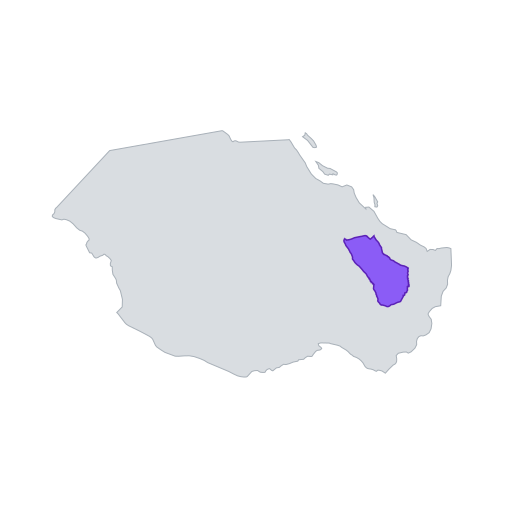 Liwale, Lindi, United Republic of Tanzania (highlighted), rotated 313°
{"feature_id": "72390352B80391364217442", "entity_name": "Liwale", "entity_type": "district", "adm_level": 2, "iso_a3": "TZA", "parent_name": "United Republic of Tanzania", "parent_adm1": "Lindi", "projection": "equal_earth", "projection_center": [38.174, -9.186], "detail": "fine", "context": "in_parent", "style": "filled", "palette": "violet", "viewbox_px": 512, "rotation_deg": 313, "n_neighbors": 0, "source": "geoboundaries", "source_scale": "gbopen_adm2", "svg_char_len": 8850}
<svg xmlns="http://www.w3.org/2000/svg" viewBox="0 0 512 512"><g transform="rotate(313 256 256)"><path d="M207.7,358.3L203.7,355.5L200.0,353.8L197.0,351.9L195.6,350.0L192.8,349.3L190.4,349.0L188.1,347.2L183.5,346.6L183.0,345.4L182.9,342.8L182.1,342.2L180.4,341.5L178.6,341.5L177.5,341.9L176.8,341.7L175.3,340.2L173.9,338.3L173.3,335.2L171.2,333.2L168.7,331.7L161.9,331.8L160.9,331.4L159.3,329.8L157.4,327.2L155.8,324.3L154.5,320.3L153.0,314.9L145.1,293.4L144.3,289.3L142.7,284.8L140.2,279.3L137.5,275.2L133.9,271.5L129.8,267.7L127.6,265.2L123.4,255.1L122.5,250.4L121.8,245.4L122.1,243.4L124.7,237.1L124.9,235.3L124.6,232.9L123.3,227.9L121.6,221.7L118.2,210.6L117.7,207.7L117.8,205.6L119.7,194.3L119.7,192.7L127.5,192.9L133.2,187.9L138.1,180.5L139.1,177.4L141.1,172.6L143.1,170.3L143.8,168.6L145.0,163.9L147.6,160.6L150.1,158.2L149.6,156.4L149.9,155.8L151.3,154.5L154.0,153.3L154.5,150.9L154.5,148.0L154.1,146.5L154.2,144.6L153.7,143.6L152.0,143.4L149.4,142.0L147.1,141.4L145.7,140.6L145.1,139.9L144.9,138.2L146.1,133.9L144.9,132.1L147.6,124.9L148.1,124.0L149.0,123.9L150.6,123.1L152.1,122.8L153.3,123.1L154.1,122.8L154.9,122.0L155.6,119.5L156.1,115.4L155.8,112.1L154.6,109.5L154.3,105.6L154.8,100.3L154.5,96.0L153.2,92.5L151.9,90.4L150.0,89.4L146.9,84.1L145.9,81.5L146.1,79.9L147.2,79.2L149.1,79.4L151.0,78.8L152.7,77.3L154.4,76.9L155.2,77.1L233.3,77.1L324.5,145.7L324.9,146.5L325.6,152.4L325.5,154.4L324.1,157.8L323.6,159.6L323.6,160.8L324.0,161.3L325.2,161.5L326.2,162.3L326.6,162.9L327.4,165.5L328.3,166.7L363.0,200.3L363.8,200.8L363.3,203.7L361.3,210.5L361.2,213.3L360.4,216.7L359.7,218.9L357.7,228.5L356.0,232.1L353.7,240.5L353.4,246.9L354.6,251.5L355.1,255.7L357.8,259.8L359.9,261.3L361.3,263.2L363.9,267.5L365.3,271.8L369.9,274.0L371.8,278.8L371.1,282.2L369.0,284.9L367.0,289.4L365.3,295.3L365.3,304.3L366.4,303.0L368.8,305.2L369.1,311.8L366.6,319.5L365.8,323.1L365.7,326.2L367.5,335.5L370.3,340.2L370.0,341.6L369.3,342.9L374.0,351.2L373.6,358.4L375.4,364.0L376.1,368.9L377.3,372.7L377.5,375.2L376.1,378.1L379.5,378.8L381.5,381.1L382.4,383.4L384.9,383.3L386.2,384.8L388.2,386.1L392.4,389.8L393.6,391.7L394.3,393.5L382.5,405.4L378.3,408.4L375.2,409.8L372.0,410.6L368.9,412.5L366.0,415.4L362.3,416.9L357.8,416.9L353.0,418.9L345.6,425.0L341.2,421.7L337.8,420.6L333.8,420.7L331.5,421.1L330.6,421.8L329.8,423.9L329.2,427.3L326.6,430.6L322.1,433.7L318.0,434.9L314.2,434.1L311.6,432.8L310.2,431.0L308.2,430.1L305.6,430.3L303.1,431.6L300.7,434.0L296.9,435.1L291.7,434.8L288.8,433.6L288.4,431.5L286.1,429.2L281.9,426.4L278.8,426.4L276.8,429.0L275.0,430.6L273.4,431.3L271.9,431.4L269.8,430.7L264.0,430.4L258.5,430.5L257.9,426.7L256.7,424.4L255.7,423.0L253.8,422.7L253.3,421.6L252.7,419.2L251.7,417.2L250.5,415.5L249.7,414.0L249.5,412.6L249.6,411.0L250.8,407.1L251.1,404.4L251.0,401.7L250.4,398.9L249.0,395.5L249.2,394.6L248.7,392.3L248.7,390.7L248.9,388.7L248.7,386.1L247.5,380.5L247.5,379.1L246.3,376.4L242.6,370.0L242.4,369.1L236.7,362.7L234.4,361.3L233.5,362.5L233.2,363.6L233.5,365.7L233.3,366.7L233.1,367.2L231.7,367.1L230.9,366.9L228.7,365.1L227.0,364.7L222.8,365.0L221.3,365.4L220.2,365.0L217.9,362.1L215.3,361.4L213.0,361.3L209.1,357.9L207.7,358.3ZM370.5,250.4L372.4,257.6L372.2,258.9L370.9,259.7L370.2,259.8L369.3,258.6L368.7,256.2L367.7,256.8L366.0,253.9L364.3,253.8L362.7,250.4L363.3,247.4L363.0,242.3L364.9,239.7L365.9,235.3L367.1,238.3L367.4,243.0L369.0,248.5L370.5,250.4ZM379.7,208.0L379.9,209.7L379.5,211.3L379.6,216.3L379.4,219.7L378.0,224.3L376.9,226.0L375.8,225.5L375.0,224.7L374.3,223.5L375.7,214.9L375.0,208.7L377.6,209.3L379.7,208.0ZM375.8,310.7L374.5,311.1L373.9,310.7L373.1,309.3L374.6,308.1L375.9,305.8L379.2,302.4L380.7,299.7L380.4,302.3L378.6,308.1L377.1,308.5L375.8,310.7Z" fill="#d9dde1" stroke="#a8b0b8" stroke-width="1"/><path d="M351.2,328.5L350.1,328.4L349.7,328.5L348.9,328.5L348.3,328.3L347.6,328.3L346.9,328.2L346.6,328.2L346.2,328.1L346.0,325.2L346.2,324.1L346.0,323.9L346.1,323.7L346.1,323.3L346.1,323.1L345.8,322.9L345.7,322.6L345.6,322.4L345.4,321.9L343.6,320.6L342.6,320.0L341.5,319.1L336.6,315.6L333.4,314.2L331.3,312.9L331.0,312.6L330.6,312.5L330.4,312.2L330.2,312.0L330.0,311.8L329.9,311.8L329.7,311.6L329.5,311.4L329.4,311.4L329.4,311.0L329.4,310.9L329.4,311.0L329.3,310.8L329.4,310.3L329.3,310.2L329.1,310.0L329.1,309.7L329.0,309.8L328.8,309.7L328.6,309.6L328.5,309.2L327.5,309.6L327.0,310.0L326.5,310.7L326.2,311.4L325.7,313.2L325.3,313.8L325.0,314.6L324.8,315.4L324.3,318.6L324.0,319.5L323.6,320.5L323.5,321.0L323.0,322.0L322.8,322.8L322.7,323.8L322.4,324.6L321.5,326.5L321.0,327.4L319.6,328.6L319.4,329.5L319.4,330.0L318.7,332.8L318.6,334.5L318.6,336.2L318.9,338.0L318.9,338.8L318.6,341.8L318.4,343.5L318.1,345.2L318.1,346.7L318.1,348.2L317.9,349.4L317.3,350.9L317.1,351.7L316.9,352.8L316.8,353.3L317.0,353.5L316.9,353.8L316.7,353.8L316.6,354.0L316.9,354.1L316.9,354.3L316.7,354.4L316.6,354.9L316.4,355.0L316.5,355.3L316.3,355.5L316.2,355.7L316.1,355.9L316.1,356.3L316.0,356.5L315.8,356.6L315.9,356.8L315.8,357.1L315.6,357.1L315.5,357.3L315.7,357.5L315.9,357.7L315.9,357.8L315.7,357.9L315.7,358.1L315.5,358.3L315.8,358.4L315.6,358.9L315.6,359.0L315.7,359.3L315.6,359.6L315.6,359.8L315.4,360.0L315.5,360.1L315.7,360.3L315.3,360.7L315.3,360.9L315.4,361.0L315.7,361.0L315.7,361.3L315.5,361.2L315.3,361.4L315.2,361.6L315.0,361.9L314.9,362.2L312.1,364.3L312.2,364.2L312.0,364.7L311.7,365.6L311.7,366.1L311.6,366.6L311.5,366.8L310.8,368.8L310.5,369.3L310.1,369.6L309.9,369.9L309.8,370.2L309.6,371.0L309.2,371.3L309.0,371.5L308.9,371.9L308.6,372.6L308.2,373.7L307.9,374.3L307.2,375.0L306.3,375.6L306.0,376.1L305.9,376.6L305.8,377.8L305.8,378.2L305.8,378.7L305.7,378.8L305.4,379.7L305.5,380.3L305.6,380.6L305.5,380.9L305.6,381.1L305.8,381.3L306.0,381.5L306.3,381.8L307.4,383.8L307.8,384.6L308.2,385.9L308.4,386.4L308.8,386.8L309.1,387.1L309.6,387.4L310.7,387.8L311.7,387.9L312.1,387.9L312.4,388.0L313.0,388.3L313.9,389.1L314.5,389.5L315.8,390.1L316.0,390.1L316.5,390.3L317.0,390.5L317.7,390.7L319.1,391.4L320.1,392.1L321.3,392.7L327.5,391.1L327.6,390.7L327.7,390.8L327.8,391.0L328.0,391.0L328.4,391.1L328.5,391.2L328.7,391.3L328.9,391.1L329.1,391.1L329.2,390.9L329.3,390.8L329.5,390.8L329.7,390.6L329.8,390.5L330.0,390.4L330.5,390.3L330.7,390.0L330.8,390.0L331.0,390.2L331.3,390.7L331.5,390.8L332.0,390.7L332.2,390.9L332.5,390.8L332.6,390.5L332.9,390.4L333.6,390.3L333.9,390.2L334.1,390.2L334.4,390.1L334.7,389.8L334.7,389.6L335.0,389.3L335.2,389.0L335.4,388.9L335.5,388.8L335.8,388.7L336.1,388.5L336.2,388.3L336.6,388.1L336.6,387.8L336.8,387.8L337.0,387.6L337.4,387.9L337.7,387.9L337.8,388.2L338.0,388.0L338.1,388.3L338.2,388.5L338.4,388.5L338.7,388.1L338.6,387.9L338.9,387.8L339.0,387.5L339.2,386.9L339.3,386.8L339.6,386.9L339.6,386.5L339.7,386.3L340.0,386.2L340.3,386.1L340.5,386.0L340.5,385.6L340.8,385.3L340.9,385.2L340.9,384.9L341.2,384.9L341.3,384.8L341.5,384.7L341.6,384.4L341.9,384.3L341.9,384.0L342.1,383.9L342.1,383.7L342.2,383.2L342.4,383.2L342.5,383.0L342.5,382.9L342.9,382.6L343.0,382.6L342.9,382.3L343.0,382.1L343.3,382.1L343.4,381.7L343.5,381.7L343.8,381.6L343.9,381.3L344.3,381.0L344.3,380.8L344.4,380.6L344.5,380.5L344.8,380.4L345.1,380.1L345.5,380.1L345.8,380.0L346.0,380.1L346.1,379.9L346.3,379.7L346.3,379.4L346.4,379.2L346.5,379.1L346.9,378.4L347.2,378.2L347.3,378.2L347.5,378.2L347.8,378.1L348.2,377.9L348.3,377.8L348.3,377.6L348.4,377.4L348.7,377.5L348.8,377.2L349.0,376.9L349.3,376.8L349.3,376.6L349.5,376.5L349.6,376.3L349.7,376.0L349.7,375.9L349.8,375.8L350.1,375.9L350.3,375.9L350.3,375.7L350.5,375.4L350.6,375.5L350.8,375.6L351.0,375.4L350.9,375.1L350.8,374.5L350.7,374.3L350.5,373.2L350.4,373.1L350.3,372.6L350.1,372.2L350.0,371.6L349.6,370.9L349.0,370.0L348.6,369.2L348.3,368.7L348.2,368.5L348.0,368.3L347.9,368.0L347.9,367.6L347.7,367.4L347.7,366.8L347.6,365.9L347.4,365.6L347.4,365.3L347.2,364.8L347.1,364.0L346.8,363.2L346.8,362.9L346.6,362.5L346.5,361.7L346.3,361.3L346.4,360.9L346.4,360.6L346.3,360.3L346.3,360.0L346.3,359.7L346.0,359.3L346.0,359.0L345.8,358.7L345.7,358.5L345.6,358.3L345.5,358.2L345.2,357.3L345.2,356.9L345.3,356.5L345.3,356.3L345.2,356.1L345.2,355.8L345.3,355.6L345.5,355.3L345.6,355.1L345.6,354.9L345.8,354.7L345.6,354.2L345.8,353.7L345.8,353.4L345.6,353.2L345.4,352.8L345.3,352.6L345.4,352.2L345.6,352.0L345.5,351.6L345.3,351.2L345.3,350.9L345.1,350.7L345.1,350.4L344.9,349.9L344.7,349.5L344.8,348.9L344.3,348.5L344.2,348.3L344.2,348.0L344.4,347.7L344.5,347.4L344.5,347.2L344.6,346.8L344.5,346.4L344.8,345.9L345.1,345.4L345.6,345.0L345.7,344.7L345.8,344.5L346.1,344.0L346.5,343.5L346.6,343.2L347.0,342.7L347.4,342.4L347.8,341.9L347.8,341.3L348.0,340.9L348.0,340.4L348.0,340.2L348.2,339.9L348.3,339.7L348.4,338.9L348.4,338.6L348.9,338.0L349.0,337.5L349.4,336.5L349.6,334.8L349.6,333.3L349.8,332.5L349.8,332.3L350.0,331.8L350.0,331.6L350.2,331.3L350.2,331.0L350.6,329.6L350.8,329.0L351.2,328.5Z" fill="#8b5cf6" stroke="#5b21b6" stroke-width="1.5"/></g></svg>